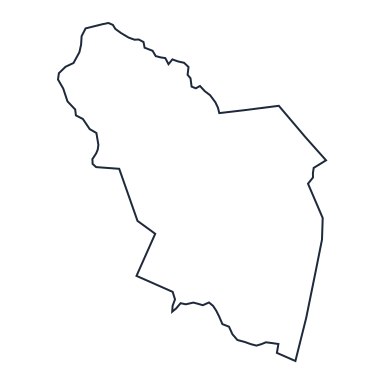 outline of Cruzeta, Rio Grande do Norte, Brazil
{"feature_id": "56859067B25758892564253", "entity_name": "Cruzeta", "entity_type": "district", "adm_level": 2, "iso_a3": "BRA", "parent_name": "Brazil", "parent_adm1": "Rio Grande do Norte", "projection": "mercator", "projection_center": [-36.841, -6.359], "detail": "fine", "context": "isolated", "style": "outline", "palette": "slate", "viewbox_px": 384, "rotation_deg": 0, "n_neighbors": 0, "source": "geoboundaries", "source_scale": "gbopen_adm2", "svg_char_len": 1211}
<svg xmlns="http://www.w3.org/2000/svg" viewBox="0 0 384 384"><path d="M305.6,137.4L278.8,105.8L244.2,110.2L219.3,113.1L217.9,107.6L215.4,102.3L210.1,95.2L204.8,91.2L200.0,86.0L195.8,88.3L191.6,86.6L190.5,78.3L187.6,74.8L188.5,67.0L184.1,62.8L177.9,61.4L172.4,59.4L168.5,64.2L165.3,58.1L160.7,57.4L155.7,56.1L152.6,50.8L144.6,47.7L143.5,42.0L138.7,39.5L134.5,39.7L128.7,37.6L121.1,33.1L115.3,28.9L112.9,24.9L108.4,23.0L102.5,24.2L85.6,28.4L81.6,36.2L81.1,44.6L79.4,52.2L73.5,63.0L65.5,66.8L58.9,73.2L58.0,79.5L63.2,88.5L67.5,101.4L75.2,109.5L75.9,115.4L82.9,119.0L89.7,129.1L96.4,133.0L98.4,144.9L97.7,149.7L96.1,153.5L92.4,159.1L92.6,163.9L96.1,167.1L119.2,168.8L137.5,220.9L155.2,233.8L136.5,275.9L172.7,291.9L175.0,299.4L172.6,305.9L172.2,311.7L176.1,308.5L180.6,303.2L185.8,304.3L193.3,302.6L197.3,303.6L202.8,305.2L209.0,302.5L213.1,305.9L216.2,310.6L219.1,316.4L222.4,324.1L229.0,326.7L232.4,334.2L237.4,340.0L244.9,342.0L250.7,344.1L256.4,345.6L261.5,344.1L265.9,342.3L271.5,343.0L278.4,344.0L276.9,352.9L295.4,361.0L306.2,317.9L315.9,270.2L322.0,239.6L322.7,218.0L308.0,183.7L313.0,177.5L312.9,173.2L313.7,167.9L321.2,163.3L326.0,160.3L305.6,137.4Z" fill="none" stroke="#1e293b" stroke-width="2"/></svg>